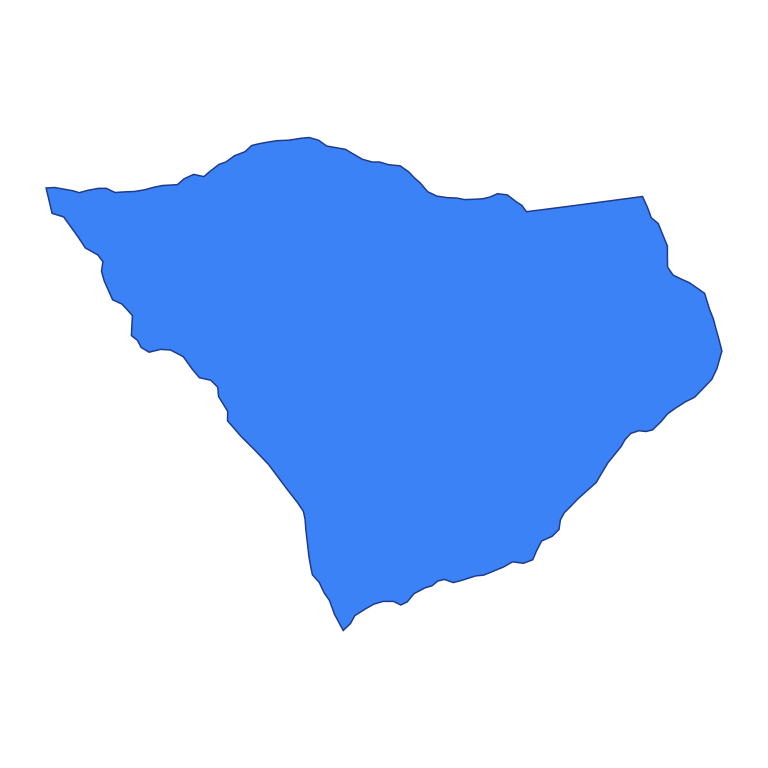 Xambrê, Paraná, Brazil (orthographic projection)
{"feature_id": "56859067B85711864918383", "entity_name": "Xambrê", "entity_type": "district", "adm_level": 2, "iso_a3": "BRA", "parent_name": "Brazil", "parent_adm1": "Paraná", "projection": "orthographic", "projection_center": [-53.6, -23.75], "detail": "fine", "context": "isolated", "style": "filled", "palette": "blue", "viewbox_px": 768, "rotation_deg": 0, "n_neighbors": 0, "source": "geoboundaries", "source_scale": "gbopen_adm2", "svg_char_len": 2136}
<svg xmlns="http://www.w3.org/2000/svg" viewBox="0 0 768 768"><path d="M532.7,559.8L536.2,551.6L541.6,541.0L552.1,536.3L559.0,529.5L560.4,519.9L564.3,512.7L570.4,506.7L577.6,499.1L586.2,491.4L596.3,482.4L599.9,476.1L607.9,462.8L614.0,455.3L621.1,446.5L625.0,439.7L630.8,433.4L639.0,430.7L645.9,431.5L652.5,429.9L661.0,421.7L667.5,413.9L675.1,408.4L685.6,401.7L694.6,397.2L702.5,389.1L711.8,379.3L716.9,368.6L721.9,351.0L718.7,338.5L715.8,328.2L713.3,318.7L709.4,308.9L704.6,293.3L695.4,286.9L689.2,282.6L681.1,279.0L673.1,275.1L667.6,267.2L667.4,255.5L667.4,246.0L663.0,235.4L658.3,223.6L651.3,217.8L647.5,207.5L642.5,196.5L571.9,205.9L526.4,211.7L522.0,205.5L516.0,201.6L507.3,194.9L497.5,193.7L490.3,196.9L483.2,198.7L475.6,199.2L464.4,199.6L457.3,198.1L446.9,197.6L436.8,196.1L427.7,191.7L420.1,182.8L414.4,177.9L408.6,171.8L400.1,165.8L388.6,164.7L379.6,162.0L372.0,162.0L362.2,159.2L351.4,152.9L345.4,149.3L337.8,148.0L326.7,146.0L318.5,140.2L309.1,137.5L301.5,138.2L288.9,140.2L276.7,140.7L265.5,142.5L258.3,143.9L251.7,145.5L245.0,151.7L234.5,155.7L225.9,162.0L219.1,164.3L209.4,171.8L203.9,176.6L193.6,174.4L183.9,178.9L177.3,184.7L162.6,185.5L154.0,187.2L144.6,189.8L134.3,191.5L126.0,191.8L115.1,192.5L106.1,188.3L98.2,188.4L87.9,190.3L79.2,192.7L72.7,190.7L63.6,189.1L54.6,187.5L46.1,188.0L52.1,213.4L63.6,216.9L77.7,236.4L85.4,248.0L97.9,255.0L102.9,261.7L101.5,271.2L104.1,280.6L112.6,299.8L122.0,304.1L127.5,310.1L132.4,315.6L131.4,335.6L137.5,340.4L141.1,347.4L149.1,352.2L160.6,349.4L170.5,350.0L183.3,356.7L192.1,369.0L199.4,377.7L210.9,380.3L217.8,387.3L218.5,396.4L227.7,411.4L227.5,420.8L240.8,436.1L255.2,450.5L268.4,464.3L287.9,490.3L297.5,502.6L303.4,511.4L305.1,519.4L305.8,529.2L309.0,557.1L310.9,567.6L312.4,574.8L319.1,582.2L324.2,592.9L329.6,600.7L334.4,614.1L343.2,630.5L350.5,623.5L354.8,615.7L364.9,609.2L373.7,604.2L383.1,601.4L393.6,601.4L400.8,605.0L407.2,601.9L414.1,593.6L425.1,587.8L432.0,585.8L437.7,581.1L444.3,579.4L453.3,582.6L461.9,580.3L469.4,577.9L475.8,575.9L483.8,575.1L493.0,571.3L503.5,567.0L512.5,561.8L523.3,563.3L532.7,559.8Z" fill="#3b82f6" stroke="#1e3a8a" stroke-width="1.5"/></svg>